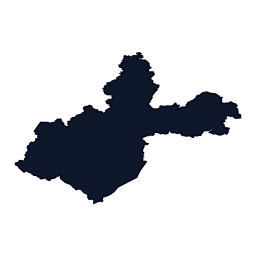 the border of Irkutsk
{"feature_id": "RUS-2602", "entity_name": "Irkutsk", "entity_type": "Region", "adm_level": 1, "iso_a3": "RUS", "parent_name": "Russia", "parent_adm1": "", "projection": "equal_earth", "projection_center": [107.861, 57.716], "detail": "fine", "context": "isolated", "style": "filled", "palette": "ink", "viewbox_px": 256, "rotation_deg": 0, "n_neighbors": 0, "source": "natural_earth", "source_scale": "10m", "svg_char_len": 5853}
<svg xmlns="http://www.w3.org/2000/svg" viewBox="0 0 256 256"><path d="M76.6,115.5L81.3,114.3L82.6,112.9L84.5,112.0L85.0,111.1L84.7,110.0L83.9,109.5L83.6,108.1L84.0,107.4L85.4,106.6L87.7,106.5L89.4,105.4L90.0,106.0L92.3,106.1L91.5,106.4L91.5,107.0L92.7,108.5L94.6,109.4L94.7,109.9L97.5,110.0L98.0,111.3L97.2,111.9L100.5,111.6L102.1,112.2L102.6,113.4L105.8,112.6L106.6,112.1L105.5,111.0L105.9,110.5L109.2,108.4L111.1,107.9L110.7,106.0L109.7,105.5L110.2,105.0L110.1,104.1L109.6,103.6L107.8,103.7L106.7,102.9L106.2,101.2L108.2,100.4L108.3,99.6L112.6,99.5L112.1,99.0L112.6,97.8L112.1,96.6L112.6,95.1L110.9,94.6L107.2,94.5L105.1,93.4L103.9,90.8L104.6,89.6L103.4,88.7L104.9,88.1L104.4,87.5L105.0,86.6L104.9,86.1L106.9,85.0L108.5,85.0L107.8,83.5L106.5,83.2L111.0,82.4L111.9,81.3L114.9,80.0L115.9,80.3L117.2,79.6L116.8,78.0L119.6,76.3L121.4,75.9L121.1,75.2L121.8,73.8L120.7,73.5L122.1,72.9L121.6,72.3L122.6,72.3L124.1,71.3L123.8,70.6L125.0,70.0L122.4,69.2L122.6,68.5L121.8,67.5L119.8,67.0L119.0,65.3L121.5,64.7L121.7,63.9L121.2,63.6L121.2,63.2L121.9,62.6L124.0,62.8L124.5,62.1L122.5,60.8L124.1,59.6L123.6,58.8L125.1,57.3L124.1,56.5L124.4,55.9L125.7,56.0L127.6,56.9L128.6,56.2L129.5,56.2L130.2,57.1L131.9,57.1L133.0,55.8L138.2,55.8L138.7,55.3L137.7,53.6L136.1,53.5L138.5,53.2L139.0,52.7L140.6,53.4L140.1,53.7L140.6,53.9L140.2,54.6L142.3,55.9L141.9,56.6L142.7,57.1L141.6,57.9L138.5,57.6L138.2,59.0L136.9,59.5L136.9,60.0L140.9,59.8L143.5,60.4L145.1,60.2L146.8,61.4L147.3,62.3L148.0,62.3L148.2,63.2L148.8,63.6L148.5,64.0L148.9,64.4L149.1,66.6L150.7,67.7L149.1,68.5L148.2,70.3L147.1,70.3L147.3,70.8L149.3,72.0L153.1,72.0L153.0,72.6L153.9,73.3L153.4,73.8L154.0,74.6L150.4,77.7L150.6,79.3L152.9,81.2L152.2,83.5L154.9,84.0L155.9,85.3L157.8,85.0L158.8,85.5L158.4,87.1L156.4,88.8L156.9,89.4L156.7,90.2L154.7,90.5L155.4,91.4L153.6,92.8L153.8,93.4L153.1,93.7L152.6,95.0L151.9,95.4L151.5,96.6L152.2,97.5L150.9,98.8L151.1,99.4L149.8,100.5L150.0,101.8L147.7,103.8L148.4,104.3L147.6,104.8L147.6,105.3L150.0,105.7L150.2,106.8L151.1,107.2L151.2,108.2L152.2,108.2L152.9,109.1L157.2,109.1L159.5,108.3L160.1,107.4L159.9,106.8L161.0,106.0L163.9,106.6L164.7,106.3L165.5,106.8L166.6,106.1L168.3,105.9L169.8,106.6L171.0,105.9L172.7,105.9L175.1,103.3L175.6,103.3L176.2,104.3L175.7,104.8L175.9,105.6L179.1,105.4L179.1,105.9L178.1,106.4L177.5,107.5L177.5,109.7L178.0,110.4L179.1,109.3L178.6,108.2L179.3,108.5L181.8,107.2L185.0,107.2L186.8,106.0L186.9,105.1L186.4,104.6L188.0,103.4L187.9,102.6L189.6,102.1L190.3,101.3L192.0,101.3L192.0,100.7L193.2,100.5L194.4,99.2L196.7,97.8L196.2,97.3L196.4,96.6L197.7,95.4L198.9,95.8L202.6,92.9L206.7,92.1L210.3,93.4L215.2,93.9L218.9,96.1L219.7,97.4L221.9,97.6L221.4,98.3L220.3,98.2L219.9,98.8L221.5,99.8L221.3,101.6L220.4,102.3L221.8,103.0L225.2,103.6L226.6,102.9L227.3,103.8L227.9,104.0L229.4,102.4L231.5,102.1L232.6,103.2L236.0,104.3L236.2,105.2L237.0,105.7L235.6,106.8L235.9,108.2L237.3,108.8L237.4,109.5L236.8,110.0L237.9,111.1L237.9,112.4L237.1,113.4L240.5,115.0L240.0,116.2L240.6,116.9L240.6,117.7L236.4,118.2L234.7,117.8L233.0,116.2L231.4,115.8L230.7,116.4L229.9,115.7L227.0,115.7L225.1,116.7L226.3,118.2L226.1,118.6L224.6,118.8L224.3,120.3L224.8,121.3L221.9,122.5L222.7,123.2L222.5,124.3L223.9,124.7L223.7,125.8L224.4,126.5L224.9,128.0L225.7,127.9L225.6,128.8L226.6,128.7L227.1,128.0L229.0,128.4L228.6,129.5L227.3,130.0L228.1,131.0L228.1,132.0L227.3,132.5L227.3,133.5L226.6,133.3L226.2,133.9L225.1,133.3L225.0,132.4L223.1,134.0L222.2,133.9L222.2,134.4L220.1,135.0L217.8,134.6L215.7,133.5L213.5,133.9L209.4,132.2L210.3,131.4L214.3,130.0L213.2,129.0L210.7,128.9L209.0,130.2L206.1,130.7L203.4,130.4L202.9,131.3L203.1,131.9L201.3,133.7L200.7,135.3L198.1,135.2L197.5,135.8L194.7,135.5L193.3,136.6L193.4,137.1L192.4,137.3L191.4,136.4L188.6,135.5L187.3,136.1L182.7,135.4L181.3,134.5L180.8,133.4L181.2,132.5L180.4,132.2L178.5,133.3L176.3,133.2L175.1,132.4L172.3,132.8L170.5,131.6L170.1,130.5L168.9,130.6L167.7,132.3L168.1,132.9L166.1,133.9L162.2,133.2L160.7,133.7L158.2,132.5L154.9,132.1L153.9,133.0L153.7,133.7L154.0,134.2L152.8,135.2L149.4,134.8L148.4,135.6L146.9,135.5L144.8,136.6L142.5,136.7L142.9,137.4L141.3,139.4L141.5,140.1L143.6,140.4L145.5,143.0L148.0,143.8L147.3,144.5L145.3,144.1L144.2,145.1L143.4,148.0L142.6,148.2L142.6,149.2L142.0,149.9L142.4,150.6L142.3,151.8L143.5,152.6L143.5,153.4L142.6,154.7L142.8,155.7L143.4,156.2L142.7,156.7L142.7,159.3L141.4,160.9L146.1,161.6L145.8,162.4L140.1,170.2L136.6,177.3L118.1,186.8L113.6,191.9L110.6,194.0L107.2,195.7L102.5,197.1L102.2,199.3L102.6,200.7L102.0,201.5L100.8,201.0L98.0,201.4L93.9,203.3L94.1,199.9L91.7,198.9L89.2,199.4L87.8,197.2L88.1,194.7L83.8,192.4L81.9,190.4L81.7,189.4L78.1,188.8L76.7,189.6L75.9,189.5L75.2,188.7L75.4,188.3L73.1,187.2L73.3,186.5L71.3,185.3L71.1,184.5L65.3,182.3L60.9,178.6L60.5,177.8L61.1,177.3L61.0,176.9L59.7,175.2L57.9,176.1L55.8,176.1L55.5,176.6L55.8,177.3L53.9,178.2L50.7,178.5L50.6,179.4L49.4,180.4L46.9,179.4L47.7,178.6L46.5,178.0L44.0,177.9L43.2,178.5L40.6,178.7L40.1,178.3L40.2,177.1L37.6,176.7L37.0,175.4L33.6,175.2L33.4,174.4L32.1,174.1L31.0,172.5L29.1,172.3L26.7,170.8L25.2,171.1L24.7,171.9L23.6,171.8L18.9,167.5L19.0,166.5L15.4,164.5L15.5,163.4L16.0,162.8L18.0,162.7L19.6,160.6L24.5,161.2L24.6,159.1L26.0,157.3L26.3,156.4L25.1,155.1L26.1,154.5L25.9,154.2L26.5,152.3L28.6,151.5L28.0,150.1L27.9,148.7L28.3,148.3L27.4,147.6L28.0,147.0L27.6,146.2L29.6,145.1L30.0,143.3L31.4,142.3L33.5,142.9L34.5,141.8L35.9,141.2L35.9,139.0L38.9,138.6L39.0,137.1L37.8,136.9L38.3,134.3L35.5,134.0L35.6,133.0L36.9,132.3L35.6,132.2L34.4,131.2L40.7,122.4L48.4,122.6L49.3,123.3L50.3,123.4L51.6,122.8L54.8,122.5L55.6,121.0L57.6,119.3L60.8,119.3L61.5,121.8L63.6,123.3L63.3,123.8L63.9,125.4L67.1,127.1L69.1,126.0L69.1,125.3L67.7,124.0L68.6,122.9L68.0,121.6L70.0,121.5L71.3,120.0L71.0,118.9L72.8,117.7L75.0,117.7L76.6,115.5Z" fill="#0f172a" stroke="#020617" stroke-width="1.5"/></svg>